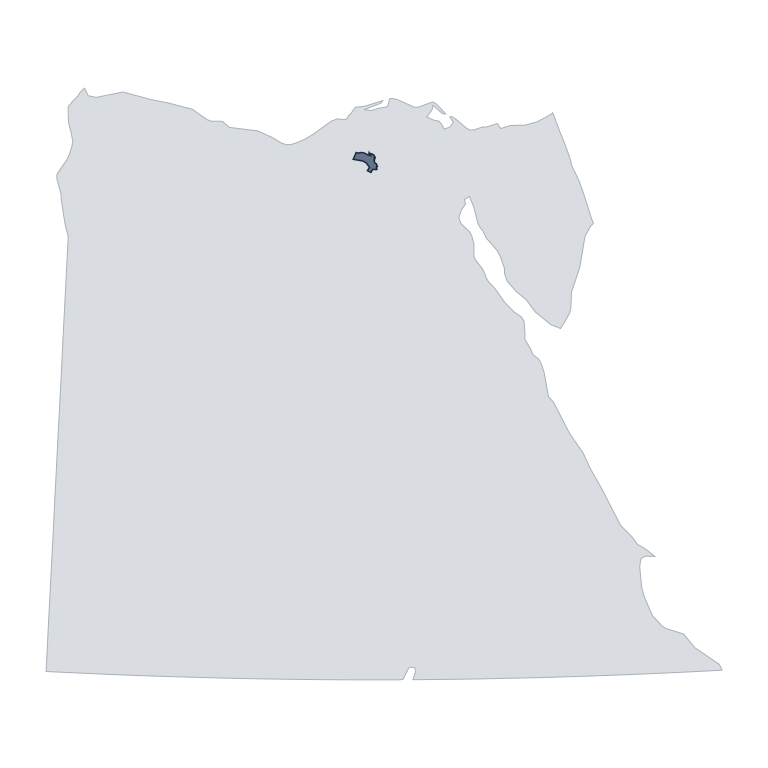 Badr, Al Buhayrah, Egypt shown in context
{"feature_id": "37247803B14038420995681", "entity_name": "Badr", "entity_type": "district", "adm_level": 2, "iso_a3": "EGY", "parent_name": "Egypt", "parent_adm1": "Al Buhayrah", "projection": "albers", "projection_center": [30.722, 30.547], "detail": "fine", "context": "in_parent", "style": "filled", "palette": "slate", "viewbox_px": 768, "rotation_deg": 0, "n_neighbors": 0, "source": "geoboundaries", "source_scale": "gbopen_adm2", "svg_char_len": 4901}
<svg xmlns="http://www.w3.org/2000/svg" viewBox="0 0 768 768"><path d="M721.9,670.2L703.3,671.2L684.7,672.1L666.0,673.0L647.4,673.8L628.7,674.6L610.1,675.3L591.5,676.0L572.8,676.6L554.2,677.2L535.5,677.7L516.9,678.1L498.2,678.5L479.6,678.9L460.9,679.2L442.2,679.4L423.6,679.6L412.9,679.6L414.7,674.3L415.8,670.5L414.6,667.9L410.9,667.2L408.6,668.1L403.1,679.3L400.1,679.8L393.5,679.8L371.8,679.8L350.1,679.8L328.3,679.7L306.6,679.5L284.9,679.2L263.2,678.9L241.5,678.5L219.7,678.0L198.0,677.4L176.3,676.8L154.6,676.1L132.9,675.3L111.2,674.5L89.5,673.5L67.8,672.5L46.1,671.5L46.8,658.0L47.5,644.5L48.1,631.0L48.8,617.5L49.5,604.0L50.2,590.5L50.9,577.0L51.6,563.5L52.3,549.9L53.0,536.4L53.7,522.9L54.3,509.3L55.0,495.8L55.7,482.2L56.4,468.7L57.1,455.1L57.8,441.5L58.5,428.0L59.2,414.4L59.9,400.8L60.6,387.2L61.3,373.6L62.0,360.0L62.6,346.5L63.3,332.9L64.0,319.3L64.7,305.7L65.4,292.1L66.1,278.5L66.8,264.9L67.5,251.2L68.2,237.6L67.9,235.1L65.4,225.7L63.4,213.8L61.2,199.2L61.1,194.5L57.0,179.3L56.8,175.1L58.2,172.2L66.8,160.0L69.5,154.1L71.8,146.9L72.8,141.0L70.9,131.8L68.7,123.4L68.2,115.0L68.2,106.8L72.5,101.4L77.6,96.4L79.5,93.3L82.6,89.8L84.6,88.2L88.1,95.7L96.2,97.4L122.9,92.0L151.8,99.8L167.8,102.9L192.4,109.3L207.3,119.8L211.4,121.2L222.3,121.3L229.3,127.4L257.7,130.9L272.7,137.7L281.3,143.0L286.4,144.7L291.0,144.5L297.2,142.6L305.1,139.1L313.6,134.0L331.3,121.1L337.5,118.8L341.6,119.4L346.5,119.3L348.6,115.8L351.2,113.3L352.8,110.6L355.5,107.2L364.6,106.3L382.9,100.6L380.8,103.3L364.2,109.7L371.3,110.5L378.6,108.3L386.9,106.9L388.4,104.2L389.5,99.1L391.1,98.4L396.8,99.3L414.0,107.1L418.2,107.2L430.2,102.8L432.8,101.9L436.7,104.2L445.7,113.9L442.6,113.7L433.0,105.4L432.2,109.6L426.8,117.0L433.7,120.1L439.2,121.3L442.2,125.3L444.1,129.0L449.6,127.3L453.4,122.3L451.4,119.5L449.9,116.7L451.7,116.6L455.5,118.9L466.5,128.2L470.2,130.1L474.5,129.7L483.2,126.8L485.7,127.2L497.5,123.5L498.9,126.0L500.9,128.5L510.4,125.5L525.4,125.1L537.6,121.7L551.6,113.9L552.7,112.7L553.5,114.5L555.3,119.5L560.1,132.3L564.2,142.4L569.3,156.3L570.9,161.6L571.6,165.3L578.9,180.5L583.4,193.1L586.7,203.3L591.4,218.2L593.4,223.4L590.6,226.2L585.0,236.2L579.8,267.5L571.5,292.1L570.9,307.4L569.7,312.9L565.5,320.7L560.5,328.5L551.0,324.8L535.3,312.0L526.1,299.6L516.4,291.7L507.1,281.1L504.5,273.4L504.5,268.5L500.3,256.4L497.3,250.7L486.2,238.0L483.0,231.1L480.5,228.1L478.0,223.8L473.8,207.1L469.4,196.5L464.5,199.5L465.5,204.0L461.3,210.3L458.8,217.5L460.9,223.4L469.9,232.2L471.8,236.1L474.0,244.5L473.9,256.0L475.4,259.9L482.2,268.4L484.7,273.4L486.2,277.8L488.5,281.7L495.3,289.0L505.2,303.0L514.5,312.3L521.2,316.8L524.1,321.4L525.0,333.3L524.7,339.0L530.8,349.5L533.1,354.9L538.8,359.2L541.5,364.2L544.1,372.3L548.4,396.4L553.5,402.2L569.7,433.6L583.3,453.3L590.1,468.2L600.3,486.1L620.7,525.5L632.5,537.4L637.3,544.2L645.7,549.2L654.9,556.5L646.4,556.1L644.3,556.7L641.4,558.1L640.2,562.9L639.7,566.7L641.6,587.0L644.4,597.2L652.8,616.4L658.6,622.0L661.5,625.7L665.5,628.3L683.6,634.1L694.8,647.7L719.2,664.3L721.8,669.0L721.9,670.2Z" fill="#d9dde1" stroke="#a8b0b8" stroke-width="1"/><path d="M353.2,159.3L359.2,160.4L362.4,160.9L364.1,161.7L364.5,161.9L364.7,162.0L365.3,162.4L366.0,162.8L366.4,163.2L367.6,164.8L368.5,166.0L369.5,167.3L369.0,168.1L367.4,170.7L371.0,172.5L372.7,169.4L376.4,169.6L377.0,169.1L376.5,168.4L376.4,168.4L376.3,168.2L376.3,167.9L376.4,167.6L376.6,167.4L376.6,167.1L377.1,166.8L377.5,166.5L377.4,166.2L377.0,165.6L376.7,165.8L376.7,165.5L376.7,165.4L376.7,165.2L376.7,164.9L376.7,164.7L376.6,164.4L376.6,164.2L376.4,163.9L376.2,163.7L375.8,163.5L375.4,163.2L375.2,163.1L375.0,162.9L374.9,162.9L374.7,162.7L374.6,162.4L374.6,162.2L374.5,161.9L374.4,161.8L374.3,161.7L374.3,161.4L374.3,161.2L374.2,161.0L374.2,160.7L374.1,160.3L374.3,160.3L374.3,160.2L374.5,160.0L374.6,159.9L374.5,159.7L374.4,159.4L374.6,159.1L374.6,158.8L374.7,158.6L374.9,158.3L375.0,158.3L375.1,158.1L375.2,157.8L375.2,157.7L375.3,157.7L375.2,157.7L374.9,157.7L374.8,157.8L374.7,157.8L374.3,157.9L374.2,157.9L374.2,157.7L374.3,157.6L374.4,157.4L374.5,157.4L374.8,157.3L375.0,157.2L374.9,157.0L374.9,156.9L374.7,156.8L374.7,156.7L374.6,156.4L374.3,156.4L374.2,156.3L374.2,156.2L374.2,155.9L374.2,155.7L374.1,155.4L373.9,155.3L373.8,155.2L373.7,154.9L373.4,154.8L373.3,154.7L373.1,154.5L373.0,154.4L372.7,154.2L372.5,154.3L372.4,154.3L372.2,154.4L371.9,154.4L371.7,154.2L371.6,153.9L371.3,153.7L371.2,153.7L370.9,153.6L370.7,153.6L370.4,153.7L370.2,153.7L370.0,153.4L369.9,153.3L369.7,153.4L369.4,153.5L369.2,153.5L369.2,153.4L369.1,153.2L369.0,152.9L368.9,153.3L369.2,153.9L369.7,154.3L370.1,154.6L370.4,155.1L370.6,155.7L368.5,155.2L367.8,154.9L367.4,154.7L367.2,154.5L366.4,154.1L366.2,154.0L365.5,153.6L364.5,153.2L363.1,152.7L362.6,152.6L361.5,152.6L360.7,152.5L359.1,152.9L358.6,153.1L357.8,152.9L356.7,152.7L356.2,152.5L353.2,159.3Z" fill="#64748b" stroke="#1e293b" stroke-width="1.5"/></svg>